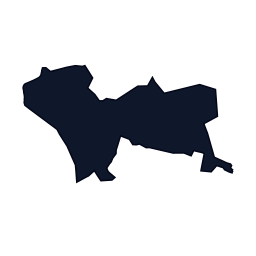 Damboa, Borno, Nigeria (Mercator projection), rotated 5°
{"feature_id": "59680162B27422550871896", "entity_name": "Damboa", "entity_type": "district", "adm_level": 2, "iso_a3": "NGA", "parent_name": "Nigeria", "parent_adm1": "Borno", "projection": "mercator", "projection_center": [12.591, 11.064], "detail": "fine", "context": "isolated", "style": "filled", "palette": "ink", "viewbox_px": 256, "rotation_deg": 5, "n_neighbors": 0, "source": "geoboundaries", "source_scale": "gbopen_adm2", "svg_char_len": 1531}
<svg xmlns="http://www.w3.org/2000/svg" viewBox="0 0 256 256"><g transform="rotate(5 128 128)"><path d="M81.7,186.4L90.9,180.3L92.8,179.2L98.2,173.4L101.9,178.3L105.6,182.9L116.6,181.2L119.3,178.4L114.0,174.7L112.0,173.1L110.8,171.0L110.4,169.5L112.5,165.6L114.2,163.2L115.4,159.3L118.3,154.6L118.1,151.0L119.6,144.2L121.2,136.5L126.2,137.9L130.4,139.1L134.2,144.1L137.6,144.0L140.9,143.0L147.8,146.0L151.1,145.6L175.1,149.0L185.9,148.0L193.3,150.2L195.4,144.8L203.8,146.0L206.2,146.8L204.4,164.3L214.7,164.4L219.6,157.7L226.2,159.2L227.9,161.2L233.3,163.2L235.6,163.6L235.7,162.5L236.0,162.1L235.9,161.9L235.7,161.8L235.5,161.2L235.8,160.4L235.3,160.2L233.6,158.8L234.5,156.4L233.2,154.9L229.5,154.2L216.5,149.6L207.6,126.3L203.1,117.1L216.1,108.5L211.8,82.0L195.6,78.5L161.0,90.3L150.8,79.9L147.9,75.4L143.9,84.4L134.1,85.5L113.8,101.4L105.3,100.7L104.0,100.5L100.6,103.1L97.1,103.5L92.0,97.5L84.3,91.7L88.4,81.2L79.6,69.6L77.2,70.6L70.1,70.5L61.9,72.8L45.8,78.5L40.9,75.1L37.6,75.5L37.3,77.2L37.1,78.2L37.1,79.5L36.9,80.6L36.8,81.6L36.7,82.4L36.3,83.6L35.0,85.4L34.2,85.9L33.2,86.5L32.9,86.8L31.5,87.6L28.7,89.3L28.0,89.6L25.1,91.2L23.6,92.0L22.0,92.8L21.0,93.6L20.3,95.0L20.1,95.9L20.0,96.9L20.1,97.8L20.4,98.8L20.8,99.8L20.9,100.6L20.9,101.2L21.2,102.2L21.6,103.6L22.0,105.1L22.1,105.8L22.2,106.6L22.2,107.4L22.2,108.2L22.4,110.0L22.3,111.5L22.7,112.8L23.3,114.3L23.7,114.6L25.1,115.5L29.0,118.0L57.4,135.5L60.4,140.2L68.9,151.3L78.9,169.5L79.8,174.6L81.7,186.4Z" fill="#0f172a" stroke="#020617" stroke-width="1.5"/></g></svg>